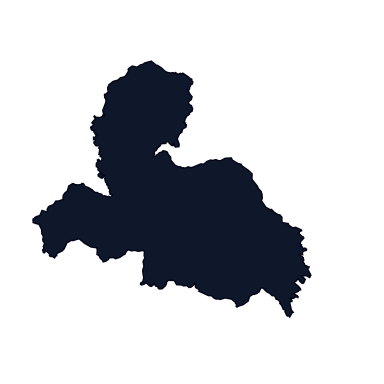 outline of Rosário do Sul, Rio Grande do Sul, Brazil, rotated 200°
{"feature_id": "56859067B54668375607897", "entity_name": "Rosário do Sul", "entity_type": "district", "adm_level": 2, "iso_a3": "BRA", "parent_name": "Brazil", "parent_adm1": "Rio Grande do Sul", "projection": "mercator", "projection_center": [-55.098, -30.378], "detail": "fine", "context": "isolated", "style": "filled", "palette": "ink", "viewbox_px": 384, "rotation_deg": 200, "n_neighbors": 0, "source": "geoboundaries", "source_scale": "gbopen_adm2", "svg_char_len": 6018}
<svg xmlns="http://www.w3.org/2000/svg" viewBox="0 0 384 384"><g transform="rotate(200 192 192)"><path d="M56.0,144.7L55.7,148.6L60.4,150.8L55.9,152.5L52.2,151.9L51.9,154.5L56.9,159.1L57.0,160.2L56.3,160.8L56.5,161.7L58.2,160.8L58.9,161.9L60.1,161.5L61.4,162.2L62.1,163.2L64.4,164.5L63.6,165.8L65.0,168.3L67.0,169.2L69.2,169.3L69.0,171.0L66.7,171.0L67.5,172.9L67.3,174.3L64.6,176.3L64.8,177.4L66.7,177.9L68.4,176.4L69.3,177.9L71.1,178.5L70.9,179.6L72.7,180.4L73.0,182.7L71.2,186.8L71.8,187.7L73.8,188.0L77.4,189.7L77.3,191.8L75.8,193.1L76.4,193.8L82.7,194.2L84.9,192.7L89.5,193.8L90.8,195.2L96.3,194.2L97.3,194.7L98.9,199.0L101.3,200.4L104.1,200.2L108.2,201.2L111.3,202.8L112.4,202.1L117.4,202.9L123.9,207.6L123.9,210.2L125.1,213.1L127.1,216.0L130.8,217.9L132.7,219.9L139.2,223.8L140.3,225.0L141.7,229.5L146.4,231.6L153.7,233.5L155.3,234.8L158.6,234.5L164.8,235.6L166.7,237.4L172.2,235.1L175.7,231.3L177.2,230.5L180.7,230.5L183.3,228.7L185.4,228.4L188.7,225.5L189.0,224.3L190.8,222.0L193.3,221.4L200.1,215.2L201.8,214.4L204.3,214.3L205.1,213.1L207.2,211.9L208.6,211.8L209.4,211.2L211.2,211.7L213.2,211.1L216.8,211.2L222.8,214.6L224.1,217.5L227.3,219.2L228.8,221.0L230.7,221.3L233.4,220.8L233.6,219.6L236.2,217.5L237.2,215.1L238.0,214.5L238.1,213.5L239.1,212.5L240.2,212.7L240.1,214.8L241.0,216.0L241.1,217.6L240.1,218.5L239.3,221.9L237.9,224.3L237.6,225.6L238.1,226.6L233.3,228.7L233.7,229.8L231.6,231.4L230.9,231.3L230.3,230.2L227.0,228.8L226.2,229.0L226.6,229.7L225.8,231.1L225.5,230.1L223.0,228.6L219.8,230.2L220.4,232.5L224.1,236.9L223.7,242.2L222.1,244.7L222.9,245.1L222.2,245.9L222.4,248.0L219.9,250.9L220.3,253.2L221.9,253.5L221.7,254.5L223.7,254.4L223.1,256.0L223.5,257.6L222.9,261.5L221.0,264.2L221.5,264.8L221.3,265.8L219.5,268.2L220.0,269.2L219.8,270.3L222.2,273.0L224.2,273.1L225.5,274.3L226.1,275.6L224.3,278.6L224.5,281.5L227.2,283.1L230.6,286.2L229.8,287.0L229.7,288.3L230.1,289.1L229.6,292.9L228.6,293.6L229.0,295.8L230.3,296.5L230.8,297.9L233.3,298.1L234.4,298.8L241.2,300.5L241.7,299.7L243.5,299.5L245.2,297.8L248.5,298.5L249.0,297.5L250.6,297.7L252.7,296.5L256.1,295.9L258.6,296.2L263.3,298.2L267.9,299.2L268.9,298.9L275.0,301.0L280.6,297.0L281.9,295.1L283.8,293.9L286.3,290.5L291.2,289.9L293.7,286.3L293.9,285.3L292.9,284.2L294.1,278.2L295.5,276.6L298.3,274.9L299.9,271.8L303.8,269.0L306.7,264.4L306.9,261.1L305.0,257.4L306.6,254.1L307.5,253.9L307.3,252.9L306.5,252.3L306.6,251.2L304.7,249.7L303.6,247.2L303.7,238.1L301.3,234.4L300.3,234.5L300.8,233.5L300.5,232.6L301.6,232.7L304.1,230.3L307.9,229.4L309.6,230.1L309.8,229.2L307.8,227.7L309.7,223.0L309.2,222.4L308.3,222.8L307.5,222.1L307.9,220.9L307.7,219.5L308.5,219.5L309.4,218.1L308.0,216.3L307.1,215.9L304.6,216.4L304.8,215.1L303.8,214.2L302.2,214.4L302.7,213.4L300.9,212.9L301.6,212.1L301.4,211.1L302.0,210.0L303.2,209.8L302.4,207.5L301.1,207.9L300.5,207.3L300.2,206.2L301.2,205.4L301.0,204.6L298.4,202.8L297.1,202.8L296.0,203.7L294.6,203.5L294.6,201.3L293.7,201.4L293.2,200.6L292.3,195.5L290.6,195.6L290.4,194.0L288.2,193.8L287.6,190.8L288.6,189.4L291.0,190.7L291.8,189.7L290.9,189.0L291.6,185.9L290.5,183.1L289.4,183.0L288.0,181.9L287.9,180.6L284.3,179.3L284.0,178.4L285.2,178.2L286.1,176.3L285.7,175.1L282.0,174.1L280.9,174.5L280.3,176.1L281.8,176.8L282.1,177.7L281.1,178.1L279.1,177.1L278.3,176.2L278.8,175.2L276.4,171.4L274.7,171.1L274.6,169.8L272.5,168.6L272.0,167.2L271.0,166.9L269.4,165.1L269.7,163.9L268.8,163.3L268.3,161.9L266.1,162.1L265.8,161.1L266.9,159.1L268.8,159.4L269.3,158.7L272.6,158.6L274.5,157.7L276.1,159.0L279.4,158.6L280.6,159.1L283.3,158.4L286.6,159.9L291.4,160.8L294.1,160.5L296.8,162.6L298.3,162.4L298.9,161.0L301.4,159.7L304.4,158.9L306.3,159.3L307.4,158.6L309.8,155.5L309.5,150.1L311.0,147.9L311.8,144.8L310.7,140.8L314.1,138.0L316.9,136.8L317.5,133.8L318.6,132.0L321.2,129.9L321.9,128.5L322.1,126.2L321.2,124.3L322.4,123.5L326.6,123.3L326.9,117.9L330.0,115.4L330.9,114.3L330.5,113.5L331.6,113.0L332.1,112.1L330.8,109.0L326.3,109.1L325.0,109.6L320.6,105.5L318.7,101.2L317.7,100.8L316.3,99.0L315.9,96.0L314.8,94.7L312.9,93.6L313.1,89.9L311.8,88.7L312.5,86.4L310.9,84.3L309.9,84.4L309.6,85.7L308.6,86.4L307.6,86.4L304.7,85.1L304.2,83.6L303.3,83.0L300.9,83.7L298.7,83.1L298.0,85.6L297.4,86.0L298.0,87.0L297.9,88.1L293.8,92.3L292.8,94.7L292.3,99.2L292.5,101.6L291.6,102.0L289.1,105.2L287.2,105.7L283.1,108.8L281.7,109.4L275.5,107.1L268.3,105.8L262.5,107.0L261.2,105.3L259.9,100.8L257.5,100.4L255.6,98.4L252.8,97.3L251.6,96.0L249.6,97.3L247.8,99.6L247.1,102.0L243.4,103.6L241.1,103.2L237.5,105.9L235.1,109.4L233.8,110.5L233.4,114.1L231.8,116.1L228.7,116.0L226.0,117.6L222.3,117.9L217.9,120.4L216.3,119.8L215.1,115.6L213.7,114.4L214.2,110.0L211.7,105.7L211.6,102.1L211.0,100.3L208.0,94.9L207.5,90.9L209.0,89.0L208.8,87.7L207.7,87.4L205.8,88.7L204.4,90.5L203.3,90.8L199.8,89.3L198.0,89.4L196.9,90.8L196.4,93.0L193.9,91.2L192.0,91.5L190.5,89.9L189.3,89.8L186.9,91.0L184.9,94.9L184.7,97.2L185.3,97.9L184.5,100.3L183.5,101.1L178.8,102.7L178.0,102.6L174.8,99.7L169.8,101.2L167.9,100.9L164.8,102.3L162.1,101.3L160.3,102.4L158.9,104.8L158.1,107.8L157.2,107.8L157.2,105.9L155.9,103.5L152.1,102.9L151.3,102.2L151.7,101.2L141.0,100.3L138.3,101.3L134.9,99.8L132.5,99.7L131.3,100.5L128.9,100.7L124.5,103.9L118.1,104.9L113.3,103.1L112.9,102.1L111.6,101.8L111.3,99.6L110.3,99.3L109.7,100.3L105.4,103.7L102.0,108.6L102.2,113.5L99.7,116.9L98.7,117.0L96.1,119.1L95.7,120.4L94.8,121.1L94.6,125.4L91.8,126.1L90.9,125.2L87.1,123.7L84.4,123.4L81.2,122.0L79.7,122.7L78.3,122.3L76.3,120.1L73.4,120.1L71.4,118.2L71.3,117.3L69.0,116.2L66.1,113.0L63.8,112.9L63.7,111.4L60.9,108.6L60.0,108.1L58.4,108.7L57.5,108.0L56.6,112.9L55.8,113.5L58.4,115.2L62.2,121.2L62.5,122.5L60.7,123.3L61.0,124.3L63.2,125.8L60.2,126.9L58.6,129.2L56.5,129.0L56.5,129.9L57.4,130.4L62.1,131.3L58.1,135.1L58.3,136.1L56.5,137.2L57.1,138.2L59.9,139.8L64.7,141.5L64.6,143.1L63.8,143.6L63.7,144.7L62.1,146.8L60.0,144.9L57.9,144.1L56.6,144.0L56.0,144.7ZM301.3,234.4L302.1,233.7L301.6,232.7L300.8,233.5L301.3,234.4Z" fill="#0f172a" stroke="#020617" stroke-width="1.5"/></g></svg>